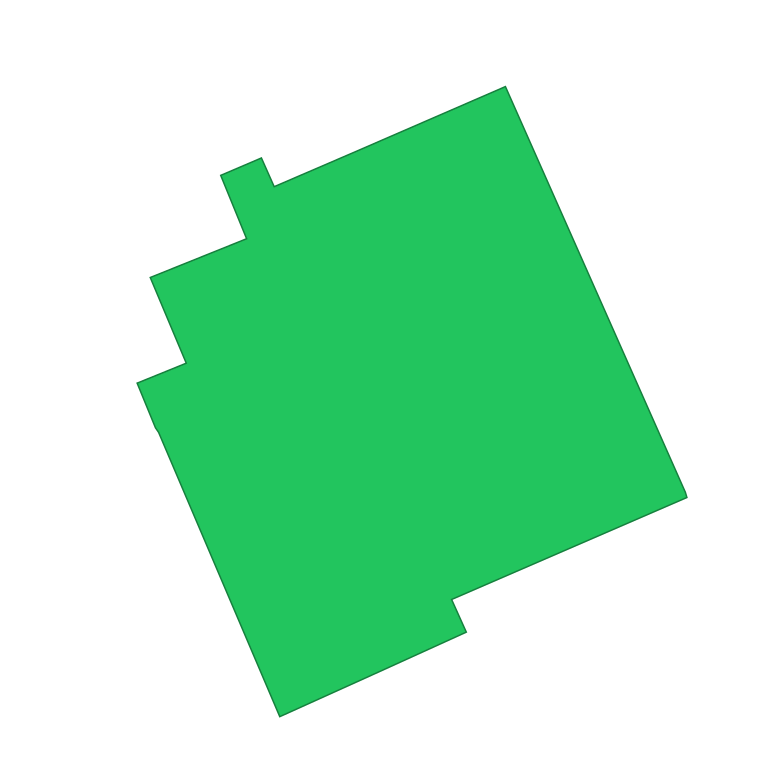 Muskingum, Ohio, United States of America (Robinson projection), rotated 64°
{"feature_id": "52423323B20353272340555", "entity_name": "Muskingum", "entity_type": "district", "adm_level": 2, "iso_a3": "USA", "parent_name": "United States of America", "parent_adm1": "Ohio", "projection": "robinson", "projection_center": [-81.974, 39.961], "detail": "fine", "context": "isolated", "style": "filled", "palette": "green", "viewbox_px": 768, "rotation_deg": 64, "n_neighbors": 0, "source": "geoboundaries", "source_scale": "gbopen_adm2", "svg_char_len": 386}
<svg xmlns="http://www.w3.org/2000/svg" viewBox="0 0 768 768"><g transform="rotate(64 384 384)"><path d="M618.8,161.5L613.4,160.6L169.9,144.5L162.4,313.9L158.5,396.2L127.1,395.1L124.9,439.3L193.2,443.8L185.8,547.4L278.6,552.6L275.0,605.5L323.2,608.6L328.7,607.8L637.3,623.5L640.3,521.8L643.1,418.8L607.3,417.7L618.8,161.5Z" fill="#22c55e" stroke="#15803d" stroke-width="1.5"/></g></svg>